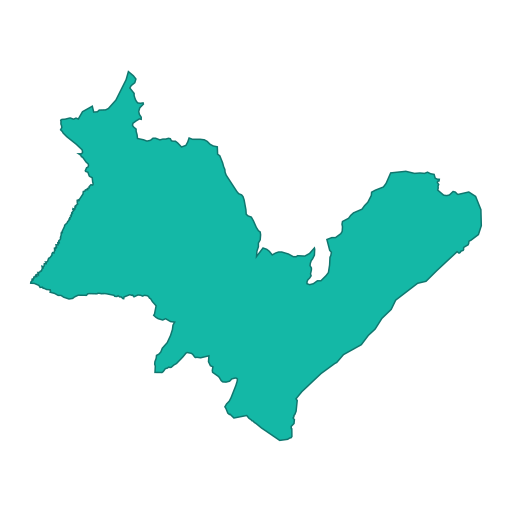 the district of Akwapem North, Eastern, Ghana
{"feature_id": "2480657B16553972090858", "entity_name": "Akwapem North", "entity_type": "district", "adm_level": 2, "iso_a3": "GHA", "parent_name": "Ghana", "parent_adm1": "Eastern", "projection": "robinson", "projection_center": [-0.184, 5.959], "detail": "fine", "context": "isolated", "style": "filled", "palette": "teal", "viewbox_px": 512, "rotation_deg": 0, "n_neighbors": 0, "source": "geoboundaries", "source_scale": "gbopen_adm2", "svg_char_len": 5944}
<svg xmlns="http://www.w3.org/2000/svg" viewBox="0 0 512 512"><path d="M468.8,192.0L458.2,194.4L457.5,194.3L455.3,192.1L453.1,191.5L449.4,195.0L446.7,195.6L443.7,195.2L437.7,190.1L438.2,188.0L438.0,186.2L438.7,184.5L437.4,182.7L437.4,181.9L437.9,181.2L439.0,181.0L439.3,179.3L437.3,179.2L435.2,178.2L434.1,174.4L430.5,173.7L427.5,172.2L424.6,173.4L420.0,173.0L414.5,173.4L405.8,171.3L390.7,172.9L386.1,183.4L383.4,187.0L375.3,190.2L371.6,192.2L371.3,195.5L367.8,202.3L364.6,205.6L362.0,209.2L353.6,212.8L350.7,215.4L348.6,218.3L342.5,221.5L342.0,224.2L342.5,226.8L342.2,231.4L340.8,233.7L335.5,237.6L331.8,237.6L326.9,239.5L329.7,250.3L331.4,252.3L330.8,255.6L330.0,257.2L329.6,265.1L328.4,272.6L326.1,275.6L320.9,280.8L317.4,280.8L313.4,283.7L309.6,284.7L307.0,283.7L307.0,281.7L307.9,279.7L309.6,278.1L311.1,275.8L310.5,273.9L311.4,269.9L311.4,268.0L310.0,265.6L310.3,263.4L311.2,260.7L312.6,258.8L314.4,255.2L314.7,249.3L314.4,248.0L309.5,253.5L304.8,256.1L297.6,255.7L296.2,256.7L293.3,256.7L288.4,254.0L281.7,252.0L278.6,252.0L275.7,253.0L272.2,254.9L269.3,251.3L266.7,249.3L263.0,248.0L256.5,256.6L256.9,251.2L258.4,246.7L258.4,243.0L260.2,239.8L260.6,234.8L260.2,232.0L258.4,230.7L256.3,227.4L253.4,220.8L251.3,217.1L248.0,215.9L246.2,214.2L245.9,209.7L244.1,199.9L243.0,196.6L241.6,194.9L238.7,193.7L236.9,191.6L226.2,175.2L225.1,172.3L224.8,169.4L223.7,166.9L222.6,162.8L219.8,155.8L217.6,154.2L217.3,146.8L213.3,146.0L210.1,144.3L207.2,141.4L204.3,139.8L200.3,139.3L192.4,139.3L189.1,138.0L187.7,142.1L185.9,145.4L181.5,147.0L177.6,142.9L175.4,141.2L172.9,141.2L171.4,140.8L170.3,138.7L168.5,138.3L165.7,139.1L162.8,139.1L159.9,139.9L155.5,138.2L153.0,138.2L150.5,140.3L146.9,141.1L143.6,139.8L137.5,138.5L137.1,134.9L136.1,131.2L136.1,129.1L133.6,127.0L132.5,125.4L132.9,123.3L136.1,120.9L139.4,118.9L141.2,119.3L141.2,117.2L139.4,114.4L138.7,111.5L139.8,107.8L143.4,104.1L143.1,102.9L140.2,103.3L137.6,102.9L135.8,100.4L134.8,97.9L134.1,95.5L134.1,93.4L129.8,88.0L131.2,85.6L134.8,82.7L135.9,79.0L133.4,75.8L128.4,71.6L126.1,79.7L115.9,100.1L108.4,108.5L105.6,109.9L99.2,110.1L97.4,111.8L93.7,112.1L92.3,106.2L82.5,111.7L78.3,119.0L76.0,118.1L73.5,119.2L70.4,118.0L69.4,118.1L65.1,119.2L62.1,119.4L61.2,119.7L60.7,120.4L61.0,121.4L60.9,124.0L61.6,125.8L61.8,127.6L60.6,129.8L62.4,131.6L63.1,133.0L66.8,136.7L76.2,144.2L82.1,149.8L82.6,152.3L82.2,153.0L81.2,153.8L78.7,153.8L80.8,155.2L81.4,156.7L82.6,157.2L86.2,162.2L88.2,163.9L88.5,165.6L88.2,166.6L87.7,167.3L86.6,167.7L85.3,170.7L85.6,171.4L87.9,172.2L89.2,175.9L89.7,176.4L92.2,177.7L92.7,182.2L93.1,183.2L92.9,184.8L92.3,185.1L91.0,184.7L89.1,186.7L89.3,187.7L87.3,188.6L87.6,189.6L85.4,189.9L84.8,191.2L83.3,191.5L83.0,194.0L79.5,199.3L78.7,199.7L79.1,200.5L78.8,200.8L77.9,200.1L77.2,200.3L77.3,203.1L77.7,204.0L75.2,206.1L75.8,206.3L75.6,207.2L74.9,207.6L74.9,209.1L74.4,209.3L73.0,208.6L72.8,209.5L73.8,210.4L71.7,212.8L71.7,213.4L72.2,213.5L70.9,215.2L71.4,215.3L71.2,216.5L69.8,217.5L69.9,219.0L69.1,219.0L68.9,220.4L67.6,221.6L67.3,222.7L64.7,225.2L64.5,226.5L62.2,231.3L62.4,232.4L62.0,232.9L61.4,232.6L61.2,233.1L61.2,235.1L60.4,237.4L60.7,237.8L60.2,239.6L58.9,240.6L58.7,241.3L59.3,242.8L58.9,243.0L58.3,242.4L57.8,242.6L58.0,244.8L56.0,244.8L56.6,247.5L56.4,247.8L55.6,247.5L55.4,248.5L54.5,248.2L54.4,249.0L55.1,250.3L54.4,250.9L53.9,253.0L52.6,252.6L51.9,254.0L51.9,255.2L49.9,257.7L48.6,258.3L47.6,261.3L46.8,261.9L45.6,262.0L46.3,262.9L46.2,263.7L44.3,263.7L44.1,266.0L43.1,266.8L42.0,266.2L42.0,267.0L43.2,267.7L43.2,268.0L42.2,268.6L41.4,271.0L40.4,271.1L39.5,272.4L38.0,272.5L38.4,273.1L38.4,274.4L38.0,273.8L35.9,274.9L36.2,275.8L36.8,275.5L36.8,276.5L35.7,276.7L35.2,276.2L34.7,276.9L33.8,277.1L33.8,278.5L33.2,278.8L33.0,279.6L32.5,279.0L32.1,279.1L31.9,281.0L30.8,282.1L30.7,283.2L34.3,283.4L38.9,285.4L40.1,287.4L42.5,287.2L43.1,288.3L44.1,288.3L46.6,289.5L50.2,289.8L50.2,290.7L50.5,291.0L50.1,292.2L54.6,293.4L58.2,295.4L61.0,295.4L63.7,297.2L69.0,299.0L72.7,298.4L74.4,297.0L78.2,295.2L86.5,295.3L87.6,293.9L89.2,293.6L97.0,293.8L98.0,293.2L100.3,293.4L101.2,293.8L102.1,293.5L103.0,293.8L103.5,293.5L106.2,293.7L114.0,295.3L114.7,296.3L116.9,296.5L118.1,295.7L119.7,296.9L121.1,296.9L123.0,298.6L123.7,298.7L124.0,297.0L129.7,294.7L132.2,295.4L132.7,295.1L134.0,296.8L137.9,295.0L140.5,295.2L142.6,296.1L144.4,295.3L147.4,295.7L148.6,296.6L149.5,298.1L150.6,298.7L152.4,301.6L156.1,305.8L154.5,314.0L153.7,315.3L156.0,317.4L158.2,318.7L162.7,320.0L165.6,318.7L170.6,321.6L174.7,322.1L173.0,325.1L172.4,329.6L170.5,335.6L167.2,342.7L162.3,348.2L160.8,352.0L158.8,354.2L156.5,355.4L156.2,358.2L154.9,361.8L154.7,364.2L155.3,366.0L155.0,372.4L162.0,372.5L163.2,371.6L165.4,368.6L167.2,368.2L168.8,367.1L170.0,367.5L171.2,367.3L174.0,364.9L176.5,363.5L182.8,357.0L186.0,353.1L187.1,352.5L191.3,353.3L192.7,354.3L194.7,357.0L195.4,357.5L197.0,357.3L200.6,357.8L208.9,355.8L208.5,361.7L210.4,365.7L212.9,366.8L212.3,370.4L212.6,372.3L218.1,376.2L219.3,377.4L221.1,380.5L222.2,381.5L222.8,381.9L226.0,382.1L229.6,381.2L231.8,378.9L235.2,378.0L236.5,378.2L237.4,379.0L237.2,381.1L235.9,385.4L231.1,397.6L229.3,401.1L226.6,403.9L224.9,406.8L226.0,408.6L227.8,413.1L229.4,414.5L230.0,414.2L233.9,418.0L246.7,415.5L249.0,418.3L251.4,420.0L251.9,420.7L253.3,421.2L254.2,422.4L255.9,423.4L261.5,428.0L279.7,440.4L287.7,439.3L289.5,438.1L291.1,437.7L291.9,436.5L291.8,428.8L291.3,428.6L291.2,426.4L294.0,423.5L294.4,419.6L293.3,418.4L293.2,417.7L293.9,416.8L293.9,415.5L294.8,414.5L296.1,411.2L297.2,400.5L296.0,398.8L302.0,391.5L321.1,373.5L334.9,363.4L336.7,362.5L343.5,354.6L361.3,344.7L368.4,335.3L375.1,329.1L381.9,318.4L391.2,309.4L395.7,300.1L417.6,283.3L426.0,281.3L437.1,270.3L457.1,251.7L459.0,253.1L460.0,252.6L461.1,251.1L463.1,250.4L463.6,249.6L463.6,247.8L464.0,247.2L468.1,244.8L468.7,243.3L468.9,241.5L469.5,240.8L470.6,240.5L478.4,234.6L481.3,225.7L480.9,209.7L475.6,196.4L468.8,192.0Z" fill="#14b8a6" stroke="#0f766e" stroke-width="1.5"/></svg>